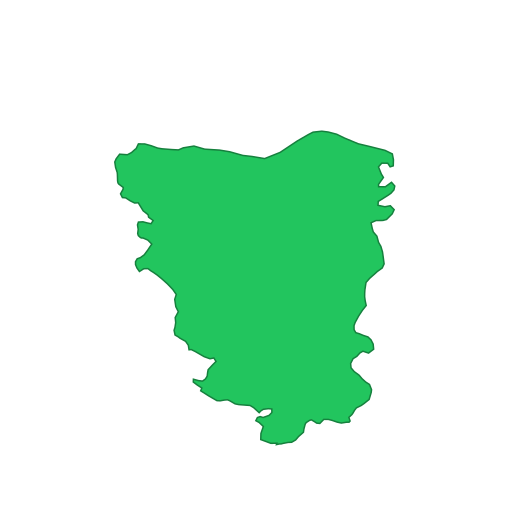 Agios Theodoros Larnakas, Larnaca, Cyprus, rotated 210°
{"feature_id": "46923920B48762989005446", "entity_name": "Agios Theodoros Larnakas", "entity_type": "district", "adm_level": 2, "iso_a3": "CYP", "parent_name": "Cyprus", "parent_adm1": "Larnaca", "projection": "equal_earth", "projection_center": [33.405, 34.782], "detail": "fine", "context": "isolated", "style": "filled", "palette": "green", "viewbox_px": 512, "rotation_deg": 210, "n_neighbors": 0, "source": "geoboundaries", "source_scale": "gbopen_adm2", "svg_char_len": 3226}
<svg xmlns="http://www.w3.org/2000/svg" viewBox="0 0 512 512"><g transform="rotate(210 256 256)"><path d="M144.0,102.9L141.8,104.9L140.2,105.9L138.7,107.4L135.0,110.6L132.0,112.5L129.7,116.5L128.9,120.9L126.8,127.1L128.0,130.1L129.3,134.9L129.3,136.3L129.1,137.1L127.5,140.3L126.2,141.8L122.7,141.8L119.9,141.6L117.0,142.9L116.9,143.3L115.6,148.4L111.6,150.7L107.9,151.7L102.7,152.7L98.6,154.0L94.5,157.3L92.3,158.6L92.0,160.1L94.9,162.7L93.7,166.5L93.5,168.1L93.5,171.8L93.1,174.7L90.1,179.2L88.7,182.2L86.3,188.3L88.0,195.4L89.1,198.0L93.5,201.5L98.0,201.7L103.0,202.8L107.0,204.3L113.2,205.0L117.8,206.7L120.3,210.2L120.6,215.6L118.5,219.5L117.5,224.1L115.8,227.0L110.0,228.2L107.5,234.1L110.5,238.3L114.5,240.9L118.6,241.9L123.2,240.9L127.9,240.3L131.2,239.5L134.2,241.2L136.3,244.7L136.9,248.0L137.1,255.1L137.1,255.3L136.7,262.3L135.8,268.2L139.2,272.0L141.5,275.0L143.2,278.0L144.8,281.2L147.5,288.1L146.4,293.5L145.1,297.4L144.4,299.4L143.2,303.2L140.7,308.7L141.1,313.2L145.3,318.7L148.5,322.8L152.6,326.7L156.7,329.1L161.2,333.6L166.5,335.5L169.1,338.0L173.0,342.3L169.8,346.7L163.9,350.2L161.2,352.9L159.1,360.6L159.5,365.2L164.8,366.7L169.0,363.1L175.7,360.9L177.4,364.4L173.9,371.0L172.1,374.4L170.5,377.8L169.6,382.2L170.8,386.0L175.5,387.6L178.6,380.6L184.5,377.3L185.7,379.3L184.9,387.7L188.5,389.7L194.5,394.4L193.5,399.3L188.3,402.2L184.4,400.3L182.2,402.7L185.1,408.1L189.0,412.6L190.1,412.5L197.1,412.0L212.2,407.7L223.6,404.3L238.3,402.4L247.0,401.8L255.4,399.5L261.4,397.0L268.5,391.8L271.4,387.3L277.8,376.2L286.9,357.8L297.2,344.7L309.2,340.2L317.7,336.5L331.0,333.1L340.5,329.5L353.8,322.9L364.7,320.2L373.1,313.3L376.2,309.1L382.1,306.1L390.9,301.9L395.1,300.3L401.9,299.1L408.4,297.4L411.4,295.7L413.9,294.3L413.5,289.0L414.0,288.0L415.5,283.4L418.0,279.4L425.0,276.0L425.7,270.3L425.3,266.8L421.9,262.5L418.0,259.0L416.8,257.3L413.4,251.8L412.1,250.3L410.9,249.7L405.3,249.0L404.5,247.4L404.4,242.1L400.9,239.8L397.9,241.2L392.5,240.9L387.6,241.2L384.6,243.2L376.3,238.7L370.1,237.8L368.4,235.9L362.8,235.3L363.0,231.5L366.6,230.3L371.0,229.1L374.8,226.6L374.2,223.7L371.3,220.1L369.7,216.3L368.1,214.8L365.4,214.2L364.2,214.3L362.8,215.1L357.7,215.7L352.2,214.2L352.5,210.4L352.7,207.0L353.4,201.1L355.3,196.8L357.5,194.2L357.5,190.8L356.0,188.3L353.1,186.1L349.2,184.3L346.8,188.9L343.2,191.1L339.9,190.6L336.7,190.5L332.1,190.1L326.5,189.2L318.8,187.6L311.3,185.4L305.8,182.8L304.7,177.8L300.1,172.0L295.4,168.9L295.2,162.3L292.2,158.1L290.5,153.7L289.8,150.7L286.6,147.1L282.9,147.1L280.7,146.8L274.3,146.9L270.0,144.9L267.1,141.3L265.3,142.6L260.8,142.9L257.9,142.9L250.5,142.9L244.5,144.0L241.5,146.6L237.9,144.7L239.2,139.8L240.6,133.6L239.6,130.8L238.2,127.5L238.3,124.2L239.8,120.9L243.6,119.3L248.6,118.0L247.3,115.5L242.5,114.9L236.9,114.6L236.5,111.6L226.8,111.2L221.5,111.2L217.5,111.2L214.6,112.7L211.4,115.4L208.8,117.2L206.7,117.5L200.2,117.5L196.6,118.7L189.3,122.2L186.4,123.6L182.2,123.5L174.9,121.9L174.4,124.2L173.0,126.9L168.9,130.0L165.8,131.4L164.0,128.4L165.0,124.5L169.1,119.7L172.1,119.0L174.0,116.8L173.8,113.3L170.0,113.4L164.4,112.0L163.0,104.8L160.1,99.4L153.7,100.5L149.5,101.2L144.3,104.3L144.0,102.9Z" fill="#22c55e" stroke="#15803d" stroke-width="1.5"/></g></svg>